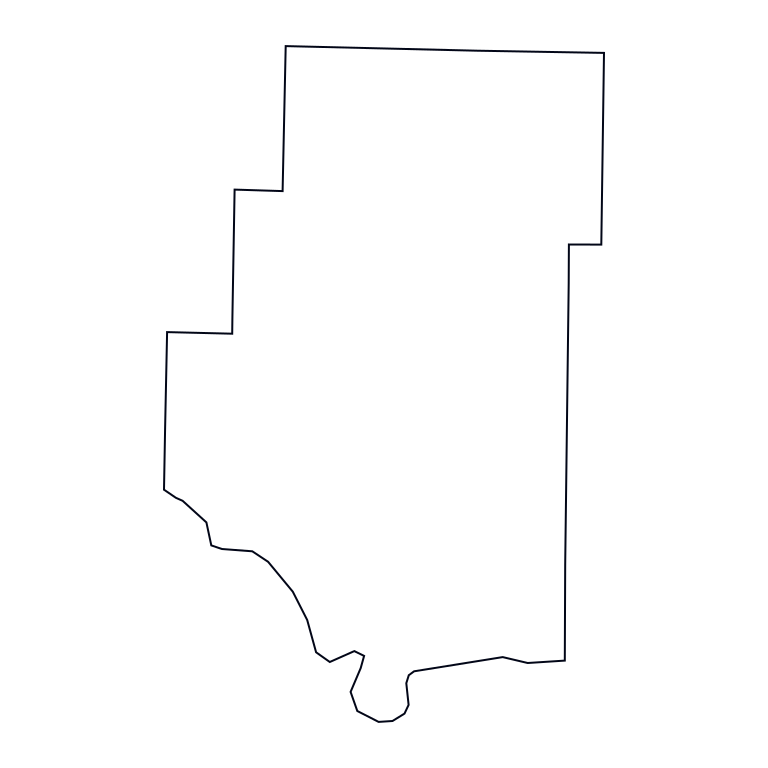 the district of Pope, Arkansas, United States of America
{"feature_id": "52423323B50605624473743", "entity_name": "Pope", "entity_type": "district", "adm_level": 2, "iso_a3": "USA", "parent_name": "United States of America", "parent_adm1": "Arkansas", "projection": "orthographic", "projection_center": [-93.077, 35.423], "detail": "fine", "context": "isolated", "style": "outline", "palette": "ink", "viewbox_px": 768, "rotation_deg": 0, "n_neighbors": 0, "source": "geoboundaries", "source_scale": "gbopen_adm2", "svg_char_len": 627}
<svg xmlns="http://www.w3.org/2000/svg" viewBox="0 0 768 768"><path d="M604.0,52.9L477.0,50.7L285.7,46.1L282.6,191.1L234.6,189.6L232.4,317.7L232.2,333.7L167.1,332.1L165.1,428.4L164.0,489.7L175.9,497.8L182.6,500.8L206.4,522.4L211.3,545.4L221.9,549.0L252.3,551.3L268.1,561.8L292.8,591.7L307.2,620.0L316.1,652.3L329.8,662.0L354.3,651.1L364.1,655.9L360.7,668.1L350.6,691.9L357.3,711.0L378.6,721.9L392.5,721.0L404.5,713.6L408.6,704.9L406.3,683.2L408.8,675.2L414.1,671.3L502.7,657.1L527.7,663.0L564.8,660.6L565.2,564.0L568.0,339.8L568.7,283.7L568.9,244.5L601.3,244.6L604.0,52.9Z" fill="none" stroke="#020617" stroke-width="2"/></svg>